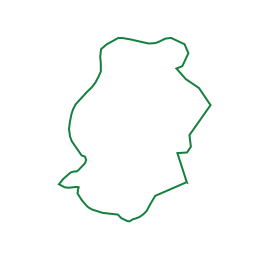 the Province of Flevoland, rotated 158°
{"feature_id": "NLD-902", "entity_name": "Flevoland", "entity_type": "Province", "adm_level": 1, "iso_a3": "NLD", "parent_name": "Netherlands", "parent_adm1": "", "projection": "albers", "projection_center": [5.642, 52.551], "detail": "fine", "context": "isolated", "style": "outline", "palette": "green", "viewbox_px": 256, "rotation_deg": 158, "n_neighbors": 0, "source": "natural_earth", "source_scale": "10m", "svg_char_len": 1071}
<svg xmlns="http://www.w3.org/2000/svg" viewBox="0 0 256 256"><g transform="rotate(158 128 128)"><path d="M161.6,40.9L163.4,42.0L168.0,46.9L169.8,51.5L183.3,58.8L191.8,65.8L194.0,68.6L195.3,70.8L197.9,78.5L199.3,86.3L198.3,87.9L197.6,89.7L196.3,90.9L195.9,91.5L196.4,91.9L198.0,92.7L205.4,94.8L209.0,96.8L213.1,101.7L207.2,105.0L198.4,108.1L196.6,108.2L193.6,107.7L192.6,107.1L190.2,107.3L180.8,111.6L180.7,111.8L178.7,114.1L178.7,117.7L181.3,120.0L185.1,136.9L185.1,137.0L184.9,141.9L183.0,149.4L179.8,155.0L175.6,161.5L172.1,165.8L167.5,169.7L160.5,173.0L152.3,176.9L145.9,179.5L141.0,182.5L136.0,186.7L132.0,190.6L129.0,198.2L127.0,204.7L123.4,211.2L116.7,213.5L103.5,215.1L100.4,213.9L99.9,213.8L92.5,209.2L77.1,198.5L70.8,196.5L66.9,196.4L60.0,196.9L54.3,195.4L44.2,184.5L44.0,174.7L54.5,165.0L60.8,165.0L56.1,151.7L47.2,138.4L42.9,118.3L73.7,98.4L76.7,87.1L82.4,83.2L91.6,86.2L93.8,55.8L93.8,55.5L94.1,55.8L128.2,54.9L135.9,49.0L141.8,44.1L146.3,42.2L150.7,41.2L154.9,41.2L157.4,41.6L157.9,41.5L161.6,40.9Z" fill="none" stroke="#15803d" stroke-width="2"/></g></svg>